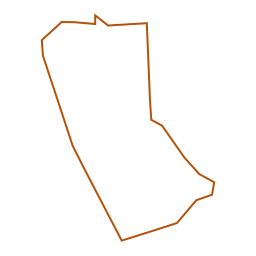 Magdalena Teitipac, Oaxaca, Mexico (Mercator projection)
{"feature_id": "50627088B73961742428916", "entity_name": "Magdalena Teitipac", "entity_type": "district", "adm_level": 2, "iso_a3": "MEX", "parent_name": "Mexico", "parent_adm1": "Oaxaca", "projection": "mercator", "projection_center": [-96.555, 16.889], "detail": "fine", "context": "isolated", "style": "outline", "palette": "amber", "viewbox_px": 256, "rotation_deg": 0, "n_neighbors": 0, "source": "geoboundaries", "source_scale": "gbopen_adm2", "svg_char_len": 472}
<svg xmlns="http://www.w3.org/2000/svg" viewBox="0 0 256 256"><path d="M214.2,182.3L199.3,174.1L184.4,157.6L162.1,125.7L151.3,119.8L151.1,117.4L149.9,98.9L149.7,93.7L148.4,61.8L147.4,37.6L146.8,23.2L108.4,25.5L108.1,25.5L95.2,15.4L95.2,24.0L74.3,22.2L61.7,22.0L41.8,40.1L42.9,55.6L47.4,69.2L47.9,70.8L58.0,101.2L72.7,145.9L77.2,154.7L83.3,166.9L121.7,240.6L148.7,232.1L177.0,223.0L196.3,200.2L212.0,194.7L214.2,182.3Z" fill="none" stroke="#b45309" stroke-width="2"/></svg>